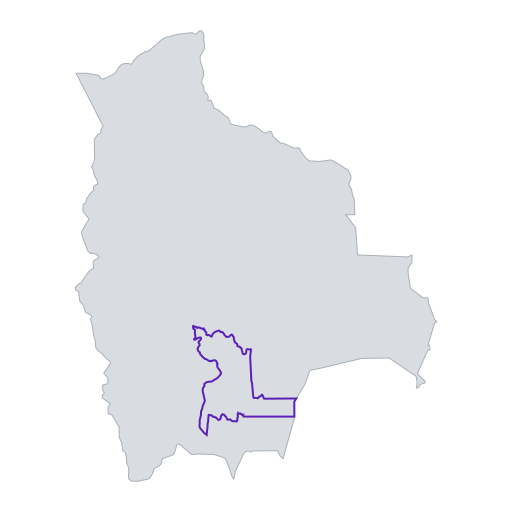 Chuquisaca highlighted on a map of Bolivia
{"feature_id": "BOL-1292", "entity_name": "Chuquisaca", "entity_type": "Department", "adm_level": 1, "iso_a3": "BOL", "parent_name": "Bolivia", "parent_adm1": "", "projection": "robinson", "projection_center": [-64.786, -19.94], "detail": "fine", "context": "in_parent", "style": "outline", "palette": "violet", "viewbox_px": 512, "rotation_deg": 0, "n_neighbors": 0, "source": "natural_earth", "source_scale": "10m", "svg_char_len": 9076}
<svg xmlns="http://www.w3.org/2000/svg" viewBox="0 0 512 512"><path d="M79.8,301.1L78.9,293.2L77.7,291.3L75.8,290.0L75.2,288.4L75.8,286.7L79.4,283.5L81.4,282.9L81.9,281.3L88.4,272.0L90.4,270.1L92.7,268.8L93.7,267.7L93.2,264.3L93.3,262.0L94.1,260.5L98.5,257.8L99.0,257.3L98.8,256.4L96.8,254.7L92.9,253.1L90.2,253.3L87.7,250.8L82.4,236.7L81.6,233.4L81.6,232.2L85.1,225.2L88.9,219.6L88.4,218.3L84.1,212.9L82.8,210.3L83.2,204.5L85.7,202.8L86.9,197.8L88.0,196.9L90.3,193.4L93.5,190.2L93.8,186.4L94.7,185.4L97.5,184.1L97.7,183.1L97.1,180.6L95.7,177.8L94.6,176.5L93.1,169.8L91.6,166.5L93.3,163.5L94.3,160.1L94.6,156.2L94.3,139.1L97.7,134.8L99.3,133.9L100.9,132.5L100.8,129.8L103.1,126.1L76.1,73.2L86.6,73.3L98.0,75.2L99.9,76.3L100.4,78.1L101.6,79.0L104.8,78.5L114.1,74.0L115.5,72.5L118.7,67.5L121.3,64.7L123.7,63.7L128.4,63.3L129.9,64.1L131.8,64.0L133.4,61.1L136.0,57.9L140.9,53.9L143.5,52.9L145.0,51.5L147.7,51.3L150.1,49.8L161.5,39.8L166.2,37.2L171.5,36.1L175.6,34.7L185.7,33.3L192.3,32.7L194.4,34.1L196.7,33.7L198.7,31.4L200.4,30.7L201.6,30.8L203.4,33.4L204.2,36.3L203.7,38.4L203.8,41.5L204.6,45.6L204.1,49.3L200.4,56.0L200.1,58.0L200.3,60.7L201.5,65.0L203.5,71.1L203.8,75.6L202.4,78.6L201.7,81.1L201.8,83.2L202.4,84.7L203.3,85.6L203.8,87.3L203.9,89.8L205.1,92.3L207.4,94.6L208.3,96.9L207.9,99.1L208.0,100.4L208.6,101.0L210.1,99.9L210.8,100.1L212.4,103.1L213.5,106.2L213.8,108.1L218.6,110.0L225.2,116.0L228.1,117.6L230.9,124.0L235.9,125.5L245.4,127.1L249.9,125.0L252.9,125.3L255.9,126.7L263.1,132.2L266.0,133.2L268.1,131.8L270.0,131.3L271.5,131.9L273.0,136.5L278.4,141.6L280.5,143.1L282.8,143.0L292.8,147.7L295.5,148.1L298.1,147.7L299.9,148.6L300.6,151.4L305.0,157.0L307.2,159.2L309.7,161.1L316.1,161.1L318.0,161.7L331.0,159.9L335.9,162.4L348.1,170.2L350.6,175.2L351.1,178.0L350.4,180.8L349.3,181.9L349.0,183.7L349.4,186.3L351.3,188.7L353.0,196.8L354.2,198.5L354.8,214.6L345.6,214.9L347.1,216.4L355.7,227.9L357.5,254.9L406.3,256.9L407.6,256.9L411.2,255.4L412.1,255.4L411.9,262.5L408.3,267.9L408.0,269.7L408.5,276.8L409.7,282.6L410.3,287.9L411.7,289.5L415.9,292.3L422.3,297.4L424.8,298.1L427.0,297.4L428.3,299.5L428.5,302.9L434.1,318.3L435.1,320.3L436.8,321.4L436.5,322.2L435.1,322.5L434.4,323.6L428.0,345.3L429.6,345.4L429.9,349.8L428.0,350.1L427.4,351.0L417.4,373.7L425.4,381.7L424.5,383.1L420.6,384.3L418.4,387.6L416.4,388.1L417.1,382.4L416.5,377.5L415.9,376.2L389.1,358.0L361.8,358.4L317.1,369.0L309.9,370.3L305.0,384.3L294.3,401.7L294.2,418.9L283.0,458.8L280.3,456.3L278.2,452.5L277.6,450.8L277.4,450.7L252.8,450.9L251.6,451.7L249.8,451.7L248.5,451.0L247.3,451.0L245.5,451.8L243.9,453.3L235.3,471.4L234.1,478.0L233.6,479.1L232.1,476.8L227.7,463.5L225.3,458.6L222.5,457.1L213.9,454.5L198.3,454.0L193.4,454.6L190.9,454.2L188.2,451.5L182.4,446.7L181.2,445.2L178.9,444.2L177.6,444.1L176.8,445.0L174.6,452.6L173.3,454.7L165.2,457.8L163.1,458.2L161.9,460.0L161.5,462.5L160.5,464.8L154.9,468.2L153.6,469.7L153.0,473.0L148.9,478.9L137.6,481.3L133.8,481.2L131.2,480.9L128.7,478.9L128.4,475.7L128.8,472.4L128.6,467.7L126.5,462.2L126.7,460.4L126.4,457.8L125.4,452.8L122.7,450.2L121.6,442.4L119.4,437.8L119.0,426.9L111.9,414.8L109.0,414.0L108.3,413.3L108.0,411.5L108.1,407.1L110.4,403.9L102.6,398.1L102.2,396.7L102.2,395.4L104.3,393.0L102.9,390.1L103.0,387.5L102.2,386.4L102.3,385.5L103.1,384.8L106.9,384.0L108.0,381.3L108.0,379.1L107.5,377.5L104.0,373.6L103.9,372.9L110.8,363.0L110.6,362.3L109.9,361.3L106.1,358.4L102.0,353.8L99.0,351.4L96.8,349.1L95.7,347.2L95.4,341.9L93.9,336.5L91.9,323.7L90.3,319.0L91.9,316.5L91.8,315.8L85.3,312.1L83.9,306.3L79.8,301.1Z" fill="#d9dde1" stroke="#a8b0b8" stroke-width="1"/><path d="M296.3,398.5L295.6,399.6L294.5,401.3L294.3,402.3L294.4,416.6L247.1,416.6L244.3,416.5L243.7,416.5L243.7,416.4L243.1,415.8L242.9,415.4L243.0,415.1L243.2,414.7L242.7,414.7L242.5,414.8L241.6,414.7L241.4,414.5L241.3,413.9L241.0,413.7L240.5,413.5L239.8,413.5L239.4,413.7L239.0,413.8L238.6,413.5L238.2,413.0L238.1,412.9L237.8,413.5L237.7,414.0L237.7,414.9L237.9,416.9L237.9,417.1L237.8,417.3L237.7,417.5L237.5,417.8L237.4,418.3L237.3,418.6L237.2,418.8L237.4,419.3L237.4,419.5L237.4,420.2L237.3,420.4L237.3,420.6L237.2,420.7L237.0,421.0L236.8,421.2L236.6,421.4L236.3,421.5L236.1,421.5L235.3,421.2L234.9,421.1L233.1,421.3L232.6,421.2L231.5,420.7L230.5,419.7L230.2,419.5L229.7,419.4L228.9,419.5L228.0,419.7L227.7,419.7L227.4,419.6L227.2,419.4L227.1,419.2L226.4,417.5L226.3,417.3L225.4,416.2L224.7,415.7L224.3,415.0L224.3,414.8L224.2,414.7L223.8,414.6L223.5,414.6L223.3,414.6L223.1,414.5L222.7,414.3L222.6,414.2L222.4,414.2L222.2,414.3L221.7,414.9L221.5,415.4L221.0,416.1L220.8,416.6L220.8,417.1L220.8,417.7L220.8,417.8L220.5,418.3L220.5,418.5L220.4,418.9L220.3,419.1L220.1,419.3L219.6,419.6L219.0,419.8L218.7,420.0L218.5,419.9L218.4,419.8L218.2,419.6L217.6,419.3L217.5,419.2L217.4,419.0L217.1,418.6L216.9,418.4L216.4,418.2L216.1,417.6L215.9,417.4L215.6,417.3L215.2,417.3L214.9,417.2L214.6,416.9L214.4,416.8L214.1,416.8L213.8,417.0L213.7,417.0L213.4,416.9L213.2,416.6L212.8,416.6L212.6,416.6L211.7,415.4L211.4,415.2L211.1,415.1L210.6,415.3L210.4,415.3L210.2,415.3L209.7,415.1L209.2,414.8L208.8,414.9L208.6,415.1L208.5,415.3L208.5,415.5L208.1,421.8L207.6,423.7L207.6,424.0L207.6,425.4L207.6,426.1L206.8,433.0L206.7,434.9L204.2,433.0L200.1,428.1L199.6,426.8L199.5,426.6L199.5,425.7L199.8,422.2L199.7,421.6L199.6,421.2L199.6,420.8L199.7,420.1L200.9,415.3L201.1,411.0L201.9,409.6L202.1,409.0L202.5,407.0L202.6,406.5L204.9,400.7L202.8,391.6L202.7,390.9L202.7,389.7L202.7,389.4L203.0,388.2L203.1,387.9L203.3,387.6L204.3,386.2L204.4,385.6L204.2,385.0L204.2,384.8L204.2,384.1L204.3,383.9L204.5,383.8L204.8,383.7L205.0,383.6L205.6,382.9L206.2,382.4L206.8,382.1L207.8,382.0L208.4,381.8L211.4,381.5L211.9,381.4L217.5,377.9L219.9,375.3L220.9,373.7L221.1,373.3L220.9,372.6L220.3,371.2L217.7,367.6L217.4,367.0L217.3,366.3L217.2,365.7L217.3,364.9L217.5,364.4L217.5,364.1L217.5,363.8L217.4,363.6L217.2,363.3L217.0,363.1L216.9,363.1L216.8,362.4L216.5,361.6L216.0,360.9L215.5,360.5L214.7,360.2L213.8,360.3L211.5,361.1L210.8,361.1L210.7,361.1L210.7,360.9L210.3,361.0L209.7,361.2L209.0,360.9L207.2,359.8L206.7,359.4L206.2,359.1L204.9,358.9L204.4,358.5L204.0,358.0L202.5,356.9L202.2,356.5L201.5,355.5L200.7,354.8L200.3,354.4L200.2,354.0L200.0,353.1L199.9,352.6L199.7,352.3L199.5,352.1L198.6,351.5L198.1,350.6L197.6,348.9L197.5,348.7L197.7,348.3L198.9,346.0L199.2,345.7L199.5,345.4L199.6,345.2L199.6,344.9L199.5,344.5L199.5,344.0L199.4,343.6L199.2,343.3L199.0,343.0L198.7,342.8L198.7,342.7L198.5,342.2L198.6,341.9L198.6,341.7L199.8,340.5L200.2,340.2L200.4,340.0L200.6,339.8L200.9,339.2L201.0,338.8L201.1,338.4L201.0,338.1L200.9,337.9L200.8,337.7L200.7,337.6L200.3,337.4L200.2,337.4L198.7,337.8L198.1,338.0L194.9,339.8L194.7,339.8L194.4,339.8L194.2,339.7L194.1,339.3L194.1,339.0L194.2,338.9L194.3,338.7L194.5,338.5L195.2,337.9L195.4,337.6L195.5,337.3L195.5,337.1L194.9,333.4L194.9,332.0L195.0,330.4L195.0,330.0L194.9,329.7L194.6,329.5L194.0,329.2L193.8,329.0L193.5,328.8L193.3,328.5L193.2,328.2L193.1,327.7L193.0,326.5L193.0,326.2L193.3,326.0L193.4,325.9L193.6,325.9L193.8,326.1L193.9,326.3L194.1,326.5L194.4,326.6L194.6,326.6L194.7,326.8L194.9,326.8L195.1,326.9L196.0,326.8L196.4,327.0L196.5,327.1L196.7,327.5L196.8,327.7L197.0,327.9L197.3,327.9L197.5,327.9L198.3,327.4L198.5,327.4L198.8,327.4L199.0,327.5L201.3,328.4L202.0,328.7L202.4,328.8L203.4,328.5L203.4,328.9L203.5,329.2L203.6,329.5L203.9,329.5L204.2,329.4L204.5,329.5L204.7,330.7L204.9,331.0L205.2,331.4L205.5,331.7L205.8,331.9L206.2,332.2L206.3,333.0L206.3,333.9L206.3,334.6L206.7,335.1L207.3,335.2L208.4,335.0L208.9,335.0L209.5,335.3L210.8,336.3L211.2,336.5L211.6,336.5L212.0,336.1L212.2,335.6L212.4,334.6L212.6,334.2L212.9,333.8L213.5,333.1L214.7,332.2L216.3,331.4L218.4,330.7L219.1,330.6L219.6,330.8L219.9,331.0L220.2,331.6L220.4,331.9L221.0,332.1L222.4,332.1L223.0,332.5L223.3,333.3L223.6,333.6L223.9,333.7L224.0,333.9L224.4,334.9L224.7,335.2L225.2,335.7L225.5,336.0L226.0,336.7L226.2,336.9L226.7,336.9L228.2,336.9L228.6,336.8L229.0,336.7L231.0,334.9L231.7,334.6L232.3,334.9L232.5,335.1L232.8,336.0L233.5,336.9L233.8,337.3L233.9,337.7L233.9,338.1L233.8,338.7L233.8,339.2L233.9,339.7L234.4,340.5L234.5,341.0L234.7,341.9L234.9,342.3L235.6,342.9L236.2,343.2L236.8,343.7L237.2,344.4L237.3,344.9L237.3,345.4L237.4,345.8L237.6,346.2L238.0,346.4L238.4,346.5L239.3,346.6L239.7,346.7L240.0,347.0L240.2,347.4L240.6,347.8L240.8,347.9L241.0,347.9L241.2,348.0L241.4,348.2L242.6,353.0L242.7,353.4L242.8,353.7L243.1,354.0L243.6,354.2L244.1,354.2L244.6,354.2L245.1,354.0L245.5,353.8L245.8,353.5L246.0,353.1L246.1,352.7L246.4,350.2L246.7,349.5L247.1,349.2L247.4,349.1L248.2,349.4L248.9,349.5L250.7,349.2L251.0,349.8L250.3,355.5L250.2,357.5L251.4,381.2L251.5,381.5L252.0,382.6L253.2,396.4L253.6,397.8L254.2,397.9L256.1,397.9L257.4,398.2L257.8,398.3L258.0,398.2L258.3,397.9L258.8,397.1L259.0,396.8L259.3,396.6L259.6,396.5L260.2,396.4L260.4,396.3L260.6,396.2L261.0,395.9L261.2,395.6L261.5,395.0L261.7,394.8L262.0,394.7L262.4,395.0L262.8,395.7L263.7,398.0L263.9,398.5L264.1,398.6L264.4,398.7L296.3,398.5Z" fill="none" stroke="#5b21b6" stroke-width="2"/></svg>